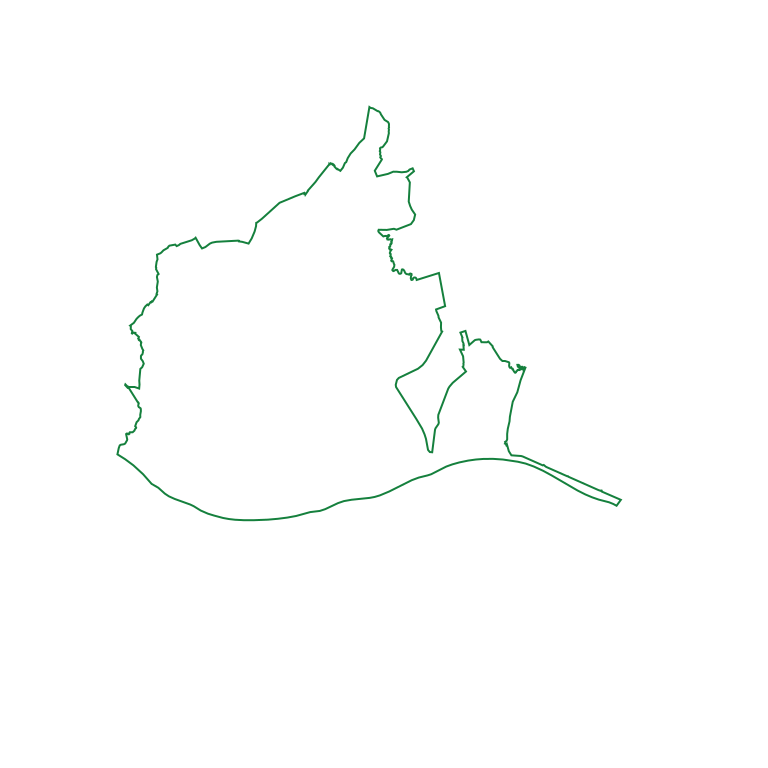 Distrito Especial, Industrial Y Portuario De Barr*, Atlántico, Colombia, rotated 126°
{"feature_id": "7082276B33268622823443", "entity_name": "Distrito Especial, Industrial Y Portuario De Barr*", "entity_type": "district", "adm_level": 2, "iso_a3": "COL", "parent_name": "Colombia", "parent_adm1": "Atlántico", "projection": "albers", "projection_center": [-74.833, 11.01], "detail": "fine", "context": "isolated", "style": "outline", "palette": "green", "viewbox_px": 768, "rotation_deg": 126, "n_neighbors": 0, "source": "geoboundaries", "source_scale": "gbopen_adm2", "svg_char_len": 6166}
<svg xmlns="http://www.w3.org/2000/svg" viewBox="0 0 768 768"><g transform="rotate(126 384 384)"><path d="M597.6,558.3L597.0,549.3L597.1,538.9L598.6,525.8L601.4,513.3L600.6,505.6L601.5,496.8L601.3,492.0L600.0,485.7L595.4,469.9L594.7,466.1L594.1,457.9L592.4,450.2L590.3,444.1L587.0,435.5L584.4,430.1L581.3,424.6L576.8,417.7L570.5,409.0L562.0,398.2L555.4,390.6L548.9,383.7L542.4,377.5L531.0,368.4L524.4,361.3L519.8,358.0L507.4,351.2L502.3,347.6L496.7,342.2L484.5,328.6L480.9,325.2L476.6,321.9L467.9,316.6L445.5,305.0L439.3,300.9L432.3,295.0L429.3,292.8L414.2,285.1L408.9,281.5L403.1,276.9L396.5,270.9L391.1,265.3L386.0,259.3L380.3,251.5L375.2,243.4L368.2,230.0L365.1,222.6L362.7,214.3L360.7,204.3L359.4,194.4L356.4,164.8L355.0,156.2L353.3,148.9L351.3,142.3L347.4,132.4L346.3,128.0L345.8,124.3L338.5,124.3L343.0,144.5L342.9,144.9L341.6,145.7L342.6,145.5L343.1,145.9L343.8,148.3L350.6,180.1L350.5,181.1L350.9,181.4L355.6,203.3L355.8,204.6L355.6,207.2L356.5,207.7L361.1,229.2L361.7,230.8L366.8,239.0L365.0,243.5L360.5,249.2L361.5,249.2L360.9,250.2L361.1,251.1L360.2,251.2L359.7,252.0L358.1,251.4L356.4,251.8L352.0,255.0L347.5,257.5L340.4,260.5L336.5,262.9L322.7,269.4L312.3,271.3L300.7,275.7L287.6,279.2L287.8,280.1L289.9,279.2L291.0,279.1L290.2,280.1L290.2,280.7L289.6,280.9L288.8,281.8L288.8,282.3L289.1,282.6L290.7,281.2L291.7,281.9L291.0,282.4L291.1,283.2L289.4,285.2L289.4,286.4L290.1,287.3L291.3,285.9L291.2,284.8L292.1,282.5L293.0,282.5L294.1,284.2L294.9,284.0L296.0,284.4L297.0,284.1L297.8,284.5L297.5,286.2L296.2,288.5L296.6,288.7L295.7,290.9L296.8,291.4L296.5,292.6L295.7,293.5L293.4,294.9L293.0,295.8L294.3,299.7L295.8,301.7L295.4,305.0L290.7,316.9L290.2,317.9L289.6,318.2L288.3,324.6L289.7,325.2L292.9,329.7L291.5,332.2L292.1,333.4L294.2,335.6L295.2,336.3L302.3,337.9L293.2,349.3L297.5,352.4L300.2,348.0L300.4,348.1L303.2,345.8L304.4,343.6L305.7,342.3L305.9,342.6L309.4,339.6L311.5,342.8L315.1,336.3L319.9,332.1L320.8,331.8L321.5,331.1L323.4,330.1L323.9,330.3L325.7,325.0L342.6,329.1L347.6,329.5L350.0,329.3L377.1,321.9L379.4,320.4L383.1,316.9L384.6,316.4L389.5,316.3L390.9,315.9L410.9,304.9L412.1,306.9L411.6,309.1L411.3,309.8L403.7,317.8L400.9,321.6L397.7,327.0L393.3,337.3L379.4,372.4L377.8,374.0L373.1,375.9L370.4,375.6L351.7,365.5L346.0,363.9L340.4,363.7L307.3,367.8L307.4,368.8L307.1,369.1L304.6,371.3L300.8,373.9L298.1,378.9L296.8,380.1L294.3,384.4L293.1,385.7L285.1,380.3L261.9,404.8L280.6,418.7L280.0,419.3L279.5,420.4L279.4,421.0L280.1,422.2L281.4,422.6L282.5,422.1L283.5,422.6L283.6,422.8L283.0,423.1L283.2,423.9L282.7,424.5L280.3,425.8L279.6,425.7L278.8,426.5L279.2,427.7L279.7,428.0L280.8,428.0L280.8,428.5L281.9,430.5L281.6,432.4L280.7,433.7L280.1,435.4L280.3,436.3L280.9,436.8L284.2,435.2L285.0,435.4L285.8,436.4L285.7,437.2L284.0,440.4L284.9,441.7L287.0,442.6L287.2,442.9L287.0,444.1L286.5,444.4L283.2,444.7L281.4,445.7L281.0,446.6L279.5,448.5L279.4,449.1L280.2,450.0L279.9,450.7L277.7,451.3L277.8,452.2L277.4,452.2L277.3,453.0L276.9,453.1L276.9,454.1L276.2,454.1L274.9,455.0L275.0,455.8L274.6,456.3L272.6,456.9L271.0,456.9L271.3,458.3L271.7,458.4L271.4,459.4L269.9,460.3L269.3,459.8L268.8,460.0L267.4,461.0L266.9,460.5L266.1,460.5L265.9,460.9L265.5,460.7L265.1,460.9L264.6,461.8L263.6,461.7L262.2,462.4L263.1,463.1L263.2,464.0L264.5,465.1L265.1,466.2L264.5,467.1L263.9,466.9L263.5,467.3L262.0,467.0L260.8,467.0L260.6,467.4L260.7,467.8L262.9,468.8L263.5,470.1L265.0,471.3L264.3,477.0L263.9,478.2L262.7,479.1L262.8,479.6L257.7,472.3L252.6,467.2L251.8,464.6L238.8,456.2L233.9,456.2L228.6,458.4L226.6,464.0L224.6,467.5L221.9,471.2L205.7,481.6L203.4,486.4L203.4,487.1L194.3,484.8L192.7,487.6L195.5,489.4L197.4,489.6L199.2,490.7L202.3,494.1L204.8,498.5L206.8,501.3L211.7,504.3L220.1,511.6L216.9,516.8L203.6,517.7L203.2,518.3L203.2,519.4L202.8,520.3L201.4,520.5L200.7,522.1L198.6,523.2L198.1,524.3L196.8,524.7L195.7,525.8L194.6,525.6L193.4,524.5L192.3,524.3L185.9,524.2L178.2,527.5L177.0,528.6L175.3,529.5L174.5,530.5L173.5,530.7L172.8,531.4L171.1,532.5L170.4,533.2L169.7,534.7L170.0,538.8L167.7,544.9L166.8,546.4L166.5,547.7L166.6,549.0L167.0,549.5L167.5,555.1L168.5,557.1L168.5,558.6L197.0,544.5L203.5,545.7L211.6,545.7L217.1,546.5L222.6,546.1L226.7,545.0L228.3,545.5L233.1,544.4L237.2,544.6L237.4,548.2L237.8,548.2L237.8,549.1L237.2,552.0L236.6,552.1L236.4,552.5L236.5,553.4L236.1,553.6L236.1,554.7L236.8,554.6L236.7,556.8L238.1,556.9L238.0,557.7L238.6,557.4L255.1,558.2L260.9,558.2L272.2,559.3L272.4,559.0L277.1,558.9L276.4,559.8L277.0,560.2L276.3,560.9L284.2,566.1L298.8,575.0L322.1,579.9L328.0,581.6L328.7,582.1L331.5,580.3L336.7,578.3L344.0,576.6L350.0,576.1L352.3,582.2L353.9,585.2L353.4,585.5L353.7,586.2L367.5,603.2L370.7,606.2L372.8,607.4L378.2,609.0L381.3,610.9L380.0,614.7L376.4,622.4L377.6,622.6L380.7,624.0L390.3,631.1L392.2,631.6L394.3,632.8L393.9,634.8L398.2,638.9L399.6,639.2L401.0,639.0L405.5,641.0L408.5,641.4L409.8,641.8L412.8,643.7L416.3,640.5L418.8,639.8L423.5,637.3L423.8,636.6L425.1,635.9L427.5,631.0L429.0,631.4L430.9,630.6L434.1,627.2L439.4,624.5L442.2,621.8L445.0,620.9L445.0,620.2L453.4,619.7L453.5,620.4L454.9,620.4L455.0,621.0L458.8,621.0L458.8,622.2L461.5,622.7L464.0,622.6L468.2,621.4L470.0,620.6L472.3,621.7L474.6,622.2L476.9,622.5L481.5,622.3L486.0,623.7L486.0,622.8L488.4,621.2L489.1,618.7L491.2,617.8L491.2,617.3L489.7,616.9L488.8,615.3L489.5,615.1L490.0,609.9L491.8,609.5L491.8,608.0L492.5,607.9L492.4,606.4L492.7,605.4L493.3,605.0L493.2,604.7L495.4,603.7L497.7,600.0L498.3,598.5L499.3,598.3L500.0,597.7L502.1,596.9L503.4,597.2L504.2,597.1L506.4,595.5L507.3,592.6L508.8,590.3L512.6,589.5L515.0,590.0L525.1,584.0L528.1,581.5L531.6,579.4L533.0,584.0L536.4,588.7L536.7,590.6L536.3,593.0L537.0,592.8L537.8,588.9L537.3,587.9L543.5,572.4L543.3,572.3L543.7,571.1L545.7,570.3L546.3,569.8L546.8,568.8L546.7,566.8L547.1,566.1L548.9,564.7L552.2,563.1L554.0,561.7L556.4,561.7L557.8,561.3L560.3,561.7L564.4,560.5L564.8,559.0L565.3,558.7L567.0,558.9L568.4,558.5L570.8,559.0L572.5,561.3L573.1,561.3L573.9,560.7L574.7,560.9L574.9,562.3L575.4,562.4L575.4,563.0L576.1,563.2L579.8,559.1L580.6,558.8L584.3,558.4L585.6,559.0L587.8,561.2L589.0,561.7L591.8,560.9L597.6,558.3Z" fill="none" stroke="#15803d" stroke-width="2"/></g></svg>